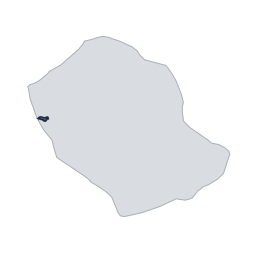 Butha-Buthe (Leribe District), Leribe, Lesotho (highlighted), rotated 276°
{"feature_id": "5366337B16917796092700", "entity_name": "Butha-Buthe (Leribe District)", "entity_type": "district", "adm_level": 2, "iso_a3": "LSO", "parent_name": "Lesotho", "parent_adm1": "Leribe", "projection": "equal_earth", "projection_center": [28.227, -28.764], "detail": "fine", "context": "in_parent", "style": "filled", "palette": "slate", "viewbox_px": 256, "rotation_deg": 276, "n_neighbors": 0, "source": "geoboundaries", "source_scale": "gbopen_adm2", "svg_char_len": 2452}
<svg xmlns="http://www.w3.org/2000/svg" viewBox="0 0 256 256"><g transform="rotate(276 128 128)"><path d="M166.8,177.7L160.0,180.1L159.1,180.4L154.7,179.8L148.9,180.4L144.4,181.7L140.8,182.3L135.0,189.4L124.5,208.6L121.7,212.6L121.0,220.2L118.5,226.2L115.5,230.8L112.6,232.0L103.9,230.1L92.7,227.7L86.1,221.9L80.3,214.3L77.3,208.8L74.1,205.7L73.0,204.0L68.4,201.4L66.7,200.1L65.1,199.2L63.3,195.5L62.2,192.3L62.6,183.4L59.4,178.0L53.8,168.9L50.3,161.5L45.5,151.3L42.5,142.6L39.5,133.5L39.9,129.7L42.7,127.0L51.2,122.5L57.8,118.9L62.5,112.5L67.6,102.9L70.1,97.1L72.6,94.4L75.3,90.3L80.1,81.3L85.4,71.2L91.1,60.4L98.3,57.2L108.1,53.6L117.5,44.1L128.8,36.2L147.0,27.5L155.4,25.3L158.7,24.0L160.7,25.7L162.9,30.6L165.9,34.8L173.1,42.0L176.1,43.8L183.5,54.4L191.4,61.7L200.5,70.2L206.7,74.4L209.8,75.5L212.4,83.0L215.0,88.5L216.5,93.7L216.2,98.8L213.3,111.1L209.0,123.7L205.7,129.0L201.6,132.3L197.6,137.3L196.0,147.4L194.2,159.2L188.9,164.1L184.9,167.3L179.2,171.3L166.8,177.7Z" fill="#d9dde1" stroke="#a8b0b8" stroke-width="1"/><path d="M130.8,46.8L130.7,46.6L130.5,46.4L130.4,46.3L130.3,46.2L130.3,45.9L130.2,45.7L130.1,45.4L129.9,45.2L129.7,45.1L129.6,44.9L129.4,44.7L129.5,44.3L129.5,44.2L129.5,43.9L129.5,43.7L129.5,43.4L129.4,43.3L129.4,43.2L129.4,42.9L129.5,42.7L129.6,42.4L129.7,42.2L129.7,41.9L129.7,41.7L129.8,41.5L129.8,41.4L129.8,41.2L129.9,40.9L129.9,40.7L129.9,40.2L129.9,39.9L129.9,39.7L129.9,39.4L129.7,39.3L129.7,39.2L129.5,38.9L129.4,38.9L129.3,38.7L129.2,38.4L128.9,38.4L128.8,38.5L128.7,38.4L128.5,38.2L128.5,37.9L128.4,37.9L128.2,37.7L128.2,37.8L128.1,38.0L128.0,38.3L128.0,38.5L128.0,38.8L127.9,38.8L128.0,38.9L127.9,38.9L127.9,39.0L127.9,39.3L127.8,39.5L127.7,39.6L127.7,39.8L127.8,39.8L127.7,39.9L127.7,40.0L127.6,40.3L127.5,40.5L127.4,40.6L127.5,40.7L127.5,40.8L127.5,41.0L127.6,41.3L127.6,41.5L127.5,41.8L127.5,42.0L127.5,42.3L127.4,42.5L127.4,42.9L127.4,43.0L127.2,43.2L127.1,43.3L127.0,43.2L127.0,43.3L126.9,43.3L126.7,43.3L126.7,43.5L126.4,43.7L126.2,43.8L126.1,44.0L126.2,44.3L126.2,44.5L126.1,44.8L126.3,45.1L126.3,45.3L126.5,45.3L126.6,45.5L126.8,45.5L127.0,45.7L127.3,45.7L127.3,45.8L127.4,46.0L127.5,46.2L127.6,46.4L128.4,46.5L128.6,46.4L128.6,46.5L128.8,46.6L128.8,46.8L129.0,46.8L129.3,46.9L129.3,47.0L129.2,47.2L129.4,47.1L129.4,47.3L129.5,47.2L129.5,47.3L129.8,47.4L130.0,47.4L130.1,47.2L130.2,46.9L130.3,47.0L130.5,47.0L130.5,46.9L130.7,46.7L130.8,46.8Z" fill="#64748b" stroke="#1e293b" stroke-width="1.5"/></g></svg>